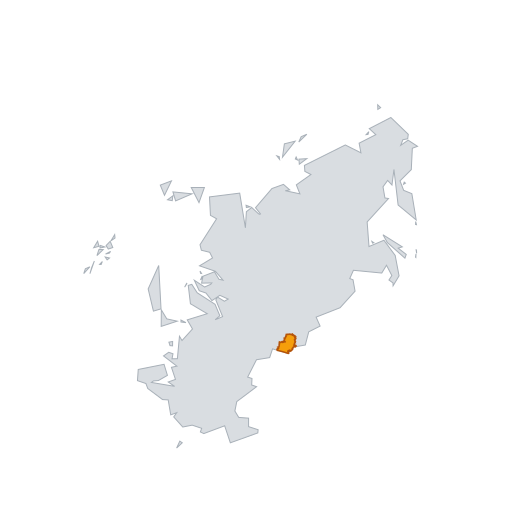 Russia, with Altay highlighted, rotated 314°
{"feature_id": "RUS-2399", "entity_name": "Altay", "entity_type": "Territory", "adm_level": 1, "iso_a3": "RUS", "parent_name": "Russia", "parent_adm1": "", "projection": "mercator", "projection_center": [83.175, 52.561], "detail": "fine", "context": "in_parent", "style": "filled", "palette": "amber", "viewbox_px": 512, "rotation_deg": 314, "n_neighbors": 0, "source": "natural_earth", "source_scale": "10m", "svg_char_len": 7388}
<svg xmlns="http://www.w3.org/2000/svg" viewBox="0 0 512 512"><g transform="rotate(314 256 256)"><path d="M341.1,372.7L329.8,375.3L331.8,373.2L331.1,368.3L336.3,367.3L340.0,356.3L331.1,358.3L313.4,336.0L304.9,339.1L306.3,342.3L299.5,351.7L277.2,352.4L253.8,341.7L250.1,350.8L238.1,346.6L226.2,353.3L216.4,346.1L208.2,346.9L200.7,332.4L192.4,336.4L181.7,328.4L163.1,334.1L165.1,338.2L160.2,342.5L162.4,347.2L137.9,343.3L129.8,348.5L127.9,355.7L134.2,363.3L128.1,369.2L132.5,378.2L130.0,380.2L103.8,367.3L112.1,351.4L92.0,341.8L90.8,338.2L94.3,336.6L90.0,327.6L82.1,322.1L83.1,308.6L88.2,307.8L82.5,305.0L91.5,292.8L87.8,288.5L85.5,270.2L87.8,265.4L84.0,257.3L92.6,250.1L114.2,265.1L108.6,275.2L98.6,272.3L94.9,269.0L92.4,268.6L105.7,288.0L104.4,280.4L111.3,283.8L117.2,272.5L121.8,275.6L119.9,258.9L126.1,260.1L128.0,264.2L123.7,267.0L127.5,270.8L145.1,256.7L143.8,261.5L159.4,261.0L162.3,250.9L180.6,261.0L176.1,242.0L187.8,227.7L191.0,229.5L188.7,239.2L192.8,260.1L187.9,271.5L181.8,270.9L189.2,274.1L196.5,257.6L199.7,256.8L201.5,264.7L205.7,265.9L202.6,257.3L193.3,255.3L194.6,245.7L191.6,239.3L195.7,228.5L198.0,240.6L204.2,243.1L205.9,242.9L198.7,235.7L204.6,231.9L215.8,237.1L213.5,245.5L215.7,249.1L216.8,237.4L209.7,222.2L224.4,226.1L226.5,220.1L222.2,212.7L225.2,207.9L255.4,201.8L253.6,195.0L266.2,181.5L289.9,200.6L268.9,228.8L281.2,218.3L287.9,219.2L288.1,228.4L288.6,229.8L289.4,230.0L290.4,222.1L315.6,220.6L326.6,226.0L327.0,234.3L323.3,231.7L331.2,244.4L335.2,235.6L352.8,238.9L350.8,232.4L354.8,227.9L397.9,243.1L403.1,259.8L408.8,251.8L426.5,257.9L426.3,249.0L449.3,256.8L449.3,281.0L445.7,283.7L441.7,280.9L436.1,283.2L445.0,285.0L447.1,296.0L442.1,293.6L426.0,307.7L410.1,307.4L405.8,316.6L409.1,324.8L393.2,346.2L391.4,322.8L414.1,295.1L401.5,304.5L401.8,298.2L394.0,299.3L387.3,308.4L389.4,311.4L357.7,312.3L341.3,330.7L356.2,337.1L353.1,355.7L341.1,372.7ZM181.6,192.6L152.0,224.4L145.1,220.5L157.4,201.3L181.6,192.6ZM359.5,332.6L364.2,354.9L360.4,352.8L361.5,363.0L357.9,364.6L356.9,341.1L359.5,332.6ZM139.5,236.7L151.5,225.3L148.8,235.5L154.4,244.6L139.5,236.7ZM345.5,206.4L356.4,198.5L365.8,204.4L345.5,206.4ZM244.4,151.7L256.3,166.8L239.8,159.9L244.4,151.7ZM240.5,137.9L251.3,143.0L236.1,148.0L240.5,137.9ZM260.3,161.8L269.4,171.3L254.8,177.9L260.3,161.8ZM367.7,207.6L373.2,205.6L378.9,208.0L367.7,207.6ZM62.7,332.3L69.9,329.8L70.4,332.7L62.7,332.3ZM133.8,145.7L140.1,143.2L127.9,148.8L133.8,145.7ZM355.5,219.6L361.3,224.9L352.1,223.4L355.5,219.6ZM136.6,255.4L133.4,258.4L131.8,256.4L133.5,253.2L136.6,255.4ZM145.8,141.3L151.6,138.5L154.5,141.6L145.8,141.3ZM165.3,140.9L162.6,147.1L158.4,144.9L159.4,140.9L165.3,140.9ZM171.0,142.1L166.2,141.1L173.2,139.5L171.0,142.1ZM157.8,246.5L159.4,251.9L156.4,247.9L157.8,246.5ZM241.5,154.4L237.6,157.3L235.0,153.3L241.5,154.4ZM149.2,133.5L156.6,131.8L153.9,136.3L149.2,133.5ZM449.3,242.6L446.1,241.8L449.3,238.5L449.3,242.6ZM128.3,142.1L132.8,144.0L123.7,144.3L128.3,142.1ZM188.1,225.5L184.0,226.3L188.1,225.1L188.1,225.5ZM285.6,213.6L287.3,217.6L284.2,215.4L285.6,213.6ZM423.8,250.8L421.2,252.1L419.8,250.9L423.8,250.8ZM156.2,148.5L152.9,146.4L158.3,148.2L156.2,148.5ZM155.4,136.6L157.5,141.0L153.4,138.2L155.4,136.6ZM372.0,366.4L371.3,367.8L369.5,369.7L372.0,366.4ZM150.5,148.2L152.8,152.0L149.8,151.6L150.5,148.2ZM204.3,231.2L201.4,232.8L200.7,232.5L204.3,231.2ZM412.2,312.9L410.1,312.3L412.1,311.3L412.2,312.9ZM355.1,216.1L353.9,219.2L353.1,216.9L355.1,216.1ZM347.0,329.2L347.4,331.5L346.2,330.9L347.0,329.2ZM391.7,346.9L390.0,349.7L389.5,348.9L391.7,346.9ZM145.3,149.3L142.3,150.5L141.3,149.3L145.3,149.3ZM206.3,226.2L205.6,229.0L205.0,228.2L206.3,226.2ZM343.6,203.7L341.9,205.8L342.5,201.4L343.6,203.7ZM366.0,371.5L368.7,369.6L366.0,372.0L366.0,371.5Z" fill="#d9dde1" stroke="#a8b0b8" stroke-width="1"/><path d="M206.0,342.2L204.6,339.7L203.4,337.6L203.1,337.2L202.9,336.9L203.0,336.8L203.1,336.7L203.3,336.7L203.4,336.4L203.6,336.4L203.3,336.2L203.4,335.9L203.8,335.9L204.0,335.8L204.0,336.1L204.4,336.3L204.6,336.2L204.8,336.1L205.0,336.1L204.9,335.8L204.9,335.7L205.1,335.6L205.6,335.5L205.9,335.6L206.0,335.6L206.0,335.4L206.1,335.5L206.5,335.5L206.6,335.4L206.8,335.3L206.9,335.5L207.2,335.3L207.3,335.2L207.5,334.9L207.9,334.8L208.0,334.7L207.9,334.6L208.0,334.5L207.9,334.5L208.0,334.5L208.4,334.2L208.6,333.9L208.7,334.0L208.8,334.0L209.0,333.9L209.3,333.7L209.4,333.8L209.5,333.7L209.7,333.4L209.8,333.3L210.1,333.1L210.3,333.2L210.2,332.8L210.3,332.8L210.5,332.6L210.7,333.1L210.9,333.3L211.0,333.6L211.3,333.8L211.6,333.9L211.8,333.9L211.9,334.0L212.1,334.1L212.0,334.3L212.0,334.5L212.2,334.4L212.4,334.2L212.5,334.2L212.5,334.3L212.7,334.6L212.5,334.8L212.4,334.8L212.5,335.1L212.7,335.4L212.8,335.4L213.0,335.3L213.4,335.6L213.5,335.5L213.6,335.4L213.6,335.5L213.5,335.8L213.9,336.0L214.1,336.2L214.2,336.3L214.3,336.4L214.4,336.2L214.5,336.2L214.4,336.0L214.6,335.7L214.7,335.4L214.9,335.2L215.6,334.3L215.7,334.2L216.0,333.9L216.0,334.0L216.2,333.9L216.4,334.4L216.5,334.4L216.7,334.2L216.7,333.9L216.9,333.7L217.1,333.7L217.3,333.7L217.5,333.6L217.7,333.8L217.8,333.7L218.0,333.6L218.3,333.4L218.6,333.3L218.6,333.5L218.8,333.4L219.0,333.5L219.3,333.4L219.3,333.2L219.6,332.8L220.5,332.3L220.7,332.2L221.4,333.3L221.5,333.4L221.8,333.2L221.9,333.3L222.0,333.5L222.3,333.7L222.5,333.9L222.6,334.0L223.0,334.2L223.2,334.4L223.2,334.6L223.3,334.6L223.7,335.1L223.7,335.4L223.8,335.6L223.8,335.8L224.0,335.8L224.1,336.0L224.4,336.3L224.7,336.3L224.8,336.3L225.1,336.2L225.2,336.3L225.0,336.5L224.8,337.1L224.7,337.2L224.5,337.3L224.4,337.2L224.4,337.4L224.6,337.5L224.9,337.8L225.0,337.9L225.3,337.9L225.3,338.1L225.2,338.2L225.2,338.5L225.0,338.8L225.1,339.0L225.3,339.2L225.3,339.4L225.6,339.4L225.6,339.7L225.6,339.8L225.4,339.6L225.0,339.7L224.9,339.7L224.7,339.7L224.7,339.8L224.6,340.0L224.2,340.7L224.3,340.8L224.7,341.1L224.6,341.3L224.7,341.6L224.6,341.8L224.4,341.8L224.1,341.7L223.9,341.7L223.9,341.8L223.8,342.1L223.6,342.2L223.4,342.2L223.2,342.1L223.1,341.9L222.5,341.9L222.5,342.0L222.4,342.2L222.3,342.3L222.4,342.5L222.2,342.7L222.1,342.8L222.2,343.0L222.1,343.3L222.0,343.2L221.9,343.2L221.8,343.3L221.6,343.4L221.6,343.6L221.5,343.8L221.4,343.9L221.1,343.9L221.0,344.0L220.9,344.3L220.8,344.2L220.7,344.2L220.3,344.2L220.2,344.4L219.8,344.5L219.6,344.5L219.1,344.9L219.1,345.0L218.9,345.1L218.7,345.0L218.3,345.5L218.2,345.6L217.9,345.6L217.9,345.8L218.5,346.1L218.8,346.1L219.1,346.2L219.2,346.3L219.2,346.5L219.3,346.6L219.4,346.8L219.3,347.0L219.2,347.3L219.0,347.2L218.8,347.3L218.4,347.4L218.1,347.5L217.9,347.3L217.8,347.2L217.8,346.9L217.7,346.8L217.5,346.6L217.4,346.5L217.2,346.5L217.0,346.3L216.7,346.3L216.6,346.2L216.3,346.1L215.9,346.1L215.7,346.3L215.6,346.5L215.1,346.5L214.9,346.4L214.9,346.5L214.8,346.8L214.7,346.9L214.6,347.0L214.2,347.2L213.9,347.0L213.7,347.1L213.3,347.2L213.1,347.0L212.8,346.9L212.7,347.0L212.5,346.9L212.4,346.9L212.4,347.1L211.8,347.1L211.7,347.1L211.7,346.9L211.8,346.7L211.7,346.5L211.7,346.4L211.7,346.2L211.4,346.2L211.1,346.3L210.9,346.3L210.8,346.2L211.0,345.6L211.1,345.4L210.9,345.4L210.7,345.4L210.5,345.2L210.4,345.0L209.9,344.9L209.8,345.0L209.7,345.3L209.4,345.3L209.3,345.6L209.4,345.8L209.4,346.1L209.3,346.3L209.1,346.4L208.9,346.4L208.8,346.5L208.7,346.6L208.6,346.8L208.4,346.7L208.4,346.8L208.5,347.0L208.4,347.0L208.2,346.8L208.1,346.5L207.0,344.2L206.0,342.2Z" fill="#f59e0b" stroke="#b45309" stroke-width="1.5"/></g></svg>